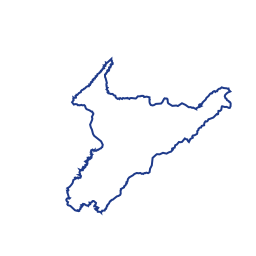 Dan Sai, Loei, Thailand (Robinson projection), rotated 223°
{"feature_id": "78962969B41697678812601", "entity_name": "Dan Sai", "entity_type": "district", "adm_level": 2, "iso_a3": "THA", "parent_name": "Thailand", "parent_adm1": "Loei", "projection": "robinson", "projection_center": [101.262, 17.217], "detail": "fine", "context": "isolated", "style": "outline", "palette": "blue", "viewbox_px": 256, "rotation_deg": 223, "n_neighbors": 0, "source": "geoboundaries", "source_scale": "gbopen_adm2", "svg_char_len": 5793}
<svg xmlns="http://www.w3.org/2000/svg" viewBox="0 0 256 256"><g transform="rotate(223 128 128)"><path d="M120.4,30.9L119.3,30.6L117.0,31.7L110.7,31.7L109.2,32.4L108.9,33.3L108.1,33.1L107.4,33.5L107.1,34.1L107.8,35.0L107.5,36.1L108.0,36.6L108.0,37.4L108.5,37.7L108.0,38.2L108.1,39.0L108.8,39.3L108.4,39.6L108.2,40.3L109.3,40.2L109.0,40.7L109.2,41.8L108.1,42.6L105.6,43.0L104.7,43.8L103.9,43.8L104.2,45.4L103.7,46.4L105.2,47.2L104.1,48.1L103.9,49.1L104.1,50.4L103.3,51.2L100.3,51.4L99.7,50.4L99.6,48.2L99.3,47.7L98.1,48.7L95.3,49.4L95.1,47.2L96.5,47.2L96.8,46.4L95.6,46.3L94.1,46.8L93.0,46.1L91.2,47.7L90.2,47.7L90.5,47.9L90.1,49.3L90.5,49.9L88.8,51.7L89.3,53.1L89.0,53.5L89.3,54.0L89.1,54.3L90.3,56.7L90.0,56.9L90.6,58.1L90.4,59.6L91.1,61.7L90.8,62.5L91.1,62.8L90.8,64.5L90.3,65.0L89.5,70.4L88.6,71.9L88.1,73.8L88.6,75.0L90.9,77.3L90.9,77.9L91.6,78.5L90.4,81.9L91.1,82.7L90.7,84.3L91.3,85.6L91.1,86.2L91.6,86.6L91.4,87.0L92.2,87.5L91.9,88.4L93.2,90.6L93.4,92.7L92.1,96.9L92.0,98.7L90.9,101.1L89.5,102.0L88.3,103.5L86.6,103.9L86.2,104.6L85.5,104.8L85.3,106.2L84.6,106.7L84.2,107.8L82.5,108.7L82.1,110.4L84.1,113.3L85.1,116.9L89.6,122.9L89.2,127.7L89.0,128.6L86.9,130.3L85.5,133.7L82.3,135.6L81.6,137.9L80.4,140.1L80.4,142.7L81.4,142.6L81.7,143.1L80.5,145.5L81.7,147.6L81.0,149.1L81.2,152.5L79.9,153.4L79.0,154.7L79.3,159.1L77.3,159.6L76.8,160.1L74.9,159.3L73.9,159.3L74.9,162.5L74.0,165.1L75.3,165.7L75.4,166.8L74.4,168.0L73.5,170.7L74.1,171.9L75.2,172.9L75.2,174.8L75.8,175.3L75.8,176.1L75.6,177.4L74.9,178.2L75.5,179.8L74.2,181.9L74.6,182.2L75.7,184.1L75.9,185.8L74.9,186.4L74.6,187.1L75.1,189.4L74.7,189.8L72.7,193.9L72.6,198.7L71.8,199.0L71.6,199.6L73.5,202.2L72.3,203.4L72.2,204.9L73.9,207.4L74.0,208.1L71.5,209.4L70.3,210.7L67.9,211.5L67.3,212.1L67.8,213.8L69.6,215.9L70.9,216.5L71.6,216.1L72.9,216.4L74.5,215.9L76.1,216.6L76.9,216.2L78.9,217.2L79.5,218.6L79.3,221.7L78.1,224.5L80.1,224.6L81.4,225.4L81.8,224.7L82.8,224.4L85.1,222.6L87.2,221.6L87.4,219.7L88.1,218.9L88.4,217.5L88.4,216.5L88.0,216.2L87.9,215.6L88.9,214.6L88.8,213.9L90.1,213.8L90.6,212.3L90.2,211.0L90.5,210.8L90.4,210.2L91.2,209.5L91.2,208.3L90.9,206.3L91.2,203.6L90.6,201.8L90.9,197.5L90.4,196.5L91.0,195.2L90.4,195.5L90.4,194.6L89.9,194.4L90.1,194.1L91.0,194.1L90.7,193.6L90.1,193.9L89.9,193.4L89.5,193.6L90.0,192.2L91.0,192.4L90.6,191.7L91.5,188.7L91.0,188.3L94.4,187.3L94.8,186.5L96.4,186.0L97.8,184.6L101.7,184.1L105.4,182.9L106.5,178.1L108.0,177.4L110.7,174.4L115.3,173.5L116.2,173.8L118.7,176.0L119.8,176.0L120.2,175.4L121.4,174.8L121.5,174.0L120.5,170.3L120.5,168.4L124.0,164.7L124.7,162.3L125.5,161.2L127.1,160.4L128.8,160.9L130.0,161.7L131.1,162.8L131.4,163.6L132.0,163.7L133.2,165.1L135.7,163.7L137.3,161.6L138.2,162.0L139.1,161.7L139.5,161.0L140.3,160.5L140.5,159.7L142.4,157.9L142.3,155.2L142.6,154.7L145.8,152.4L146.8,151.3L146.8,150.2L148.8,149.7L148.9,149.0L149.7,148.7L150.5,147.4L152.1,146.5L152.1,145.2L154.2,144.5L154.1,143.2L155.1,143.1L155.5,142.2L157.8,142.0L159.3,143.0L160.5,142.3L162.5,142.4L164.0,141.0L165.7,140.5L166.0,140.0L167.2,140.2L166.9,140.7L167.1,141.2L168.0,141.6L170.1,141.6L170.4,143.5L171.1,143.2L172.0,143.7L172.3,144.3L173.1,144.6L174.1,145.9L174.1,146.5L178.4,149.2L179.5,149.6L181.3,151.4L181.0,152.6L181.4,152.9L181.3,154.5L182.4,155.9L182.2,156.6L181.1,156.6L181.1,157.1L181.5,157.8L183.1,159.3L183.1,159.7L182.2,160.3L182.8,161.7L183.7,162.2L183.3,162.8L183.8,163.2L182.9,164.3L183.5,165.1L185.3,165.5L185.5,166.1L186.4,166.2L187.3,167.2L187.7,161.6L188.1,161.0L188.7,160.8L187.8,160.1L187.9,158.7L187.2,158.3L188.2,157.4L187.1,157.1L187.5,155.7L186.2,155.3L186.9,153.7L186.5,152.8L186.9,151.6L186.8,151.1L186.2,150.9L186.7,149.2L186.3,148.7L187.1,146.5L186.2,145.2L186.6,144.7L186.3,143.9L186.7,143.7L186.2,143.2L186.4,142.4L185.9,141.6L186.6,140.9L186.7,139.6L186.0,139.4L186.1,139.0L186.5,139.1L186.5,138.6L185.6,137.5L186.2,136.7L185.8,136.5L186.0,135.4L185.5,135.0L185.4,134.2L186.0,133.5L185.2,133.2L185.4,132.8L185.1,131.8L185.8,131.5L186.5,129.7L186.5,127.6L187.0,126.6L186.8,126.1L187.6,124.1L187.5,122.8L186.9,122.0L187.7,120.2L187.6,117.7L188.3,117.2L188.0,116.8L188.3,115.8L186.9,114.9L186.8,114.5L187.5,114.2L188.0,113.2L188.6,113.1L187.9,112.6L187.9,111.9L186.8,111.4L186.5,108.7L183.6,108.2L183.0,109.4L181.6,110.5L180.1,110.5L179.6,111.2L178.8,111.6L177.9,113.1L176.8,113.5L175.6,114.9L174.3,114.8L172.9,113.9L171.2,113.5L167.9,114.8L166.8,114.8L165.3,115.6L164.8,115.1L163.4,115.1L162.8,114.4L162.0,111.5L160.6,110.7L159.8,109.5L158.0,104.6L155.6,103.1L153.3,102.2L149.5,99.8L147.4,99.2L138.6,99.9L135.0,98.5L133.8,96.4L134.1,95.8L133.9,94.7L134.6,93.3L134.8,91.8L135.6,91.1L135.5,90.0L135.9,89.4L136.9,89.2L136.7,88.9L137.0,88.6L137.3,89.0L137.3,88.3L137.8,88.6L138.4,87.9L139.2,88.0L139.7,86.5L138.8,85.8L138.8,85.1L138.3,85.2L137.7,84.8L137.5,84.0L136.5,84.2L136.7,83.8L136.2,83.9L135.6,83.1L135.7,82.3L134.9,82.0L134.5,81.4L134.8,80.8L134.5,80.5L134.6,79.8L135.6,80.7L135.9,79.8L136.7,79.6L136.9,79.1L136.6,79.1L137.1,78.7L136.0,77.7L135.6,77.9L135.7,77.5L135.4,77.7L135.1,76.8L135.8,75.4L135.7,74.9L135.9,74.8L136.0,75.2L136.4,74.4L134.6,74.4L134.1,75.0L133.3,74.2L133.3,73.7L133.0,73.4L132.8,73.7L132.9,73.0L133.5,72.4L134.4,71.9L134.8,72.0L134.0,71.6L133.1,71.5L133.1,70.9L132.6,70.5L132.7,68.9L133.3,69.4L134.3,69.0L134.2,68.5L133.6,68.5L133.5,66.7L132.9,66.8L132.3,66.3L133.2,65.2L134.8,64.6L134.0,64.4L133.3,62.5L131.5,61.6L131.3,61.1L131.9,60.3L129.9,60.9L129.4,60.5L128.9,59.2L129.6,58.7L130.0,57.3L131.0,57.6L131.4,56.3L132.6,56.0L132.9,55.5L131.8,55.0L132.5,52.7L131.0,50.0L130.7,48.0L130.6,45.1L131.3,42.6L130.4,42.6L129.1,41.8L129.1,41.1L129.8,40.6L128.4,39.8L128.2,39.2L127.6,39.1L123.6,36.7L122.7,37.1L122.7,36.4L124.4,35.2L124.4,34.0L124.1,33.3L122.6,32.7L121.3,32.9L120.4,30.9Z" fill="none" stroke="#1e3a8a" stroke-width="2"/></g></svg>